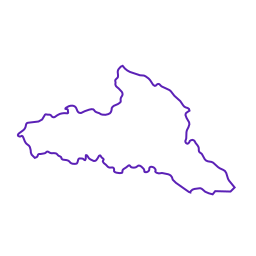 the border of Timis, rotated 183°
{"feature_id": "ROU-280", "entity_name": "Timis", "entity_type": "County", "adm_level": 1, "iso_a3": "ROU", "parent_name": "Romania", "parent_adm1": "", "projection": "natural_earth1", "projection_center": [21.523, 45.663], "detail": "fine", "context": "isolated", "style": "outline", "palette": "violet", "viewbox_px": 256, "rotation_deg": 183, "n_neighbors": 0, "source": "natural_earth", "source_scale": "10m", "svg_char_len": 4151}
<svg xmlns="http://www.w3.org/2000/svg" viewBox="0 0 256 256"><g transform="rotate(183 128 128)"><path d="M53.2,71.6L58.5,70.6L60.4,69.8L61.9,68.3L62.4,67.1L62.4,66.9L63.8,67.3L77.2,75.7L80.6,78.7L81.5,81.1L82.8,82.7L84.0,83.4L85.4,83.9L91.3,84.8L92.1,84.8L93.9,84.4L95.0,84.3L97.1,84.8L98.1,85.4L98.5,86.0L98.2,87.4L98.5,88.2L99.7,89.6L100.9,90.2L102.3,90.5L103.3,90.4L104.0,90.0L104.4,89.5L104.6,88.8L104.6,87.4L104.8,86.7L105.2,86.1L106.0,85.4L107.0,84.9L108.4,84.8L109.1,85.0L109.4,85.5L109.5,86.6L110.2,88.0L112.7,90.2L114.3,91.0L115.7,91.0L117.9,89.3L119.0,88.9L120.3,88.7L121.9,88.8L123.0,89.2L124.3,90.6L124.9,90.8L125.6,90.5L127.7,88.6L130.2,86.8L130.8,86.2L131.2,85.5L131.3,84.6L131.3,83.8L131.5,83.1L132.5,82.7L134.1,82.5L137.3,82.8L138.8,83.3L139.6,84.0L139.7,84.8L139.7,85.7L139.9,86.7L140.5,87.5L141.5,87.8L144.1,87.5L145.1,87.7L146.1,88.2L148.2,90.2L150.2,91.6L151.0,92.6L151.4,93.4L151.2,94.1L150.9,94.7L150.7,95.3L150.9,95.8L151.3,96.2L152.5,97.0L153.1,97.6L153.6,98.4L154.3,99.1L155.0,99.0L155.6,98.5L156.5,96.6L157.8,94.5L158.5,93.8L159.3,93.4L160.6,93.3L163.7,94.6L164.8,95.2L165.6,95.9L166.8,97.6L167.6,98.5L168.2,98.7L168.6,98.6L168.7,98.0L168.6,96.3L168.6,95.3L168.8,94.4L169.2,93.7L169.7,93.7L170.4,94.2L171.3,94.9L172.2,95.1L174.3,95.1L175.1,95.0L175.6,94.6L176.0,94.0L176.6,91.3L176.9,90.5L177.3,89.9L178.0,89.6L179.2,89.4L181.4,89.4L182.8,89.8L183.8,90.4L184.6,91.3L185.8,92.2L187.5,92.7L191.3,93.0L192.2,93.4L192.8,94.0L193.0,94.9L193.4,95.5L194.2,96.0L195.8,96.6L196.5,97.1L197.2,97.9L198.2,98.7L199.6,99.0L201.1,99.0L203.0,98.8L204.3,99.0L206.7,100.2L207.5,100.2L208.2,99.8L208.7,99.2L209.4,98.6L210.2,98.3L213.7,97.5L215.4,97.4L216.0,97.1L216.4,96.7L217.0,94.9L217.4,94.4L217.8,94.1L219.5,93.3L222.8,96.3L223.7,98.3L224.0,100.6L224.4,102.0L225.0,103.8L225.9,105.1L228.5,106.9L229.3,107.7L230.3,109.2L232.1,113.1L232.8,114.2L233.6,114.6L234.8,114.0L235.5,113.8L236.2,113.9L237.3,114.4L237.6,115.2L237.3,116.1L236.5,117.0L232.7,120.1L231.6,121.2L230.9,122.4L230.4,123.6L230.0,125.9L229.8,126.7L229.4,127.3L229.0,127.7L228.2,128.0L217.7,129.8L214.2,132.0L211.6,136.9L211.0,137.3L210.3,137.3L209.5,137.2L208.6,137.1L207.3,137.2L206.5,137.1L205.8,136.8L204.6,135.5L203.9,135.0L202.6,134.8L201.6,135.2L199.2,137.1L196.8,138.5L194.8,139.1L192.6,139.5L189.3,139.5L188.7,139.9L188.6,140.6L188.8,141.3L189.0,142.7L189.2,143.3L189.6,143.6L190.1,143.7L191.4,143.8L191.5,144.3L190.9,145.0L188.4,146.6L186.6,147.2L184.7,147.4L183.4,147.2L182.4,146.8L181.6,146.2L180.9,145.4L180.4,144.4L179.5,142.5L178.8,141.5L177.9,140.8L176.5,140.5L175.5,140.6L172.1,142.5L167.7,144.3L165.4,144.9L163.7,144.8L163.0,144.3L161.8,142.9L160.8,142.3L159.7,141.9L157.5,141.3L155.7,140.3L154.2,140.0L151.2,140.0L148.5,140.8L146.8,141.8L145.9,143.1L145.5,144.4L145.3,145.8L145.3,146.9L144.6,148.2L143.3,149.4L139.3,151.4L137.6,152.7L136.7,153.8L136.7,154.8L136.9,156.1L136.8,157.2L136.5,158.2L135.5,160.0L135.2,161.0L135.3,162.0L135.6,163.0L136.2,163.9L139.4,167.0L141.3,168.4L142.1,169.1L142.6,170.0L142.9,170.9L142.9,171.7L142.8,172.5L142.9,173.1L143.2,174.4L143.2,175.1L142.8,175.8L140.9,177.9L140.7,178.9L140.7,180.1L141.2,183.4L141.1,184.7L140.7,185.9L140.1,186.8L138.4,188.9L136.6,189.8L134.2,187.2L131.7,185.4L129.0,184.1L118.9,181.3L114.8,181.2L113.1,180.5L110.0,178.5L108.4,176.9L105.2,172.5L103.6,171.5L102.6,171.7L101.1,173.2L100.2,173.6L99.0,173.4L98.2,172.7L97.4,171.9L96.4,171.2L91.9,169.4L88.5,168.0L87.1,166.9L83.4,162.6L77.2,157.6L74.1,153.5L72.8,152.2L71.2,151.5L69.5,151.1L68.1,150.2L67.5,148.5L69.6,147.0L71.0,145.7L71.3,144.0L70.1,141.2L67.3,136.9L66.9,134.9L67.7,131.9L68.7,129.7L69.1,128.7L69.4,126.9L69.3,120.7L69.6,119.4L70.0,118.3L70.0,117.2L69.2,116.0L68.0,115.4L67.0,115.8L66.1,116.9L65.6,118.3L64.4,119.1L63.1,119.5L61.8,119.2L60.7,118.3L59.8,116.7L57.6,114.2L56.7,112.8L56.4,112.0L56.3,111.6L56.1,109.2L55.8,108.2L55.1,107.4L53.5,106.4L52.8,105.8L49.7,100.8L48.2,99.5L46.4,98.9L42.8,98.5L41.1,97.8L36.1,93.7L34.3,92.6L30.6,91.1L28.9,90.1L27.5,88.1L25.5,82.6L24.4,80.8L18.4,74.2L22.3,69.9L37.6,69.5L40.0,66.2L43.8,67.0L47.6,68.4L50.4,70.6L51.3,71.2L52.5,71.6L53.2,71.6Z" fill="none" stroke="#5b21b6" stroke-width="2"/></g></svg>